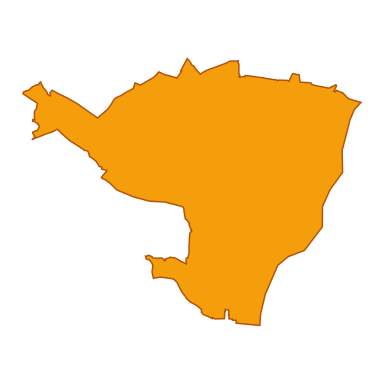 Babeni, Vâlcea, Romania
{"feature_id": "2599482B7467620418684", "entity_name": "Babeni", "entity_type": "district", "adm_level": 2, "iso_a3": "ROU", "parent_name": "Romania", "parent_adm1": "Vâlcea", "projection": "robinson", "projection_center": [24.207, 44.956], "detail": "fine", "context": "isolated", "style": "filled", "palette": "amber", "viewbox_px": 384, "rotation_deg": 0, "n_neighbors": 0, "source": "geoboundaries", "source_scale": "gbopen_adm2", "svg_char_len": 5682}
<svg xmlns="http://www.w3.org/2000/svg" viewBox="0 0 384 384"><path d="M236.2,323.2L259.8,325.4L260.6,313.7L265.2,294.5L277.8,265.3L288.1,256.7L304.4,250.4L322.3,226.9L322.5,206.5L330.1,189.5L342.6,172.4L342.1,150.5L347.1,131.4L349.9,120.1L354.3,109.6L361.0,102.4L356.5,101.2L349.3,99.0L348.9,98.8L347.8,98.0L347.1,97.4L342.5,92.6L342.3,92.8L336.3,90.3L335.5,91.8L333.8,91.2L336.6,85.8L335.8,84.8L328.9,88.2L322.9,87.0L319.2,86.3L312.0,84.7L311.2,83.1L307.7,82.6L303.8,82.4L300.2,82.2L299.9,81.3L299.5,77.4L299.2,74.9L298.8,74.6L297.8,74.6L296.9,74.6L293.9,73.7L292.5,73.7L290.1,78.8L289.0,81.3L287.4,80.4L278.8,80.1L278.5,80.5L278.1,80.7L277.8,80.5L277.4,80.4L276.8,80.1L276.2,79.9L274.9,79.8L267.0,78.6L264.8,78.2L264.3,78.0L262.9,77.6L261.3,77.6L255.2,76.8L253.5,76.5L247.7,75.8L245.2,75.5L245.2,76.5L244.1,76.5L242.9,76.7L239.7,77.3L239.3,77.1L239.0,76.6L239.0,76.2L239.8,76.1L239.9,75.4L239.5,74.5L238.8,73.2L238.9,69.0L238.9,64.0L238.0,62.8L238.2,60.7L236.3,61.1L230.0,61.1L226.6,62.9L220.2,65.4L209.7,69.2L206.1,70.6L203.2,72.2L200.2,74.3L199.6,73.4L196.2,69.7L193.7,65.9L192.1,65.3L189.4,60.9L187.2,58.6L180.7,70.8L181.6,71.1L179.4,74.4L176.9,78.0L175.8,77.6L172.8,76.8L170.1,75.9L166.8,75.2L164.9,74.6L162.5,73.8L161.2,73.0L158.7,71.9L156.3,74.9L154.4,76.8L152.1,78.3L140.3,85.2L135.1,82.9L133.3,88.5L126.1,92.3L121.0,95.5L115.7,97.9L113.8,99.9L111.9,103.1L109.8,106.4L107.1,109.8L97.5,118.0L94.0,115.5L91.9,114.1L87.0,110.5L86.3,110.3L84.5,108.8L83.4,108.1L82.8,107.5L81.7,107.0L79.4,105.1L76.4,103.2L74.6,102.1L71.1,100.2L67.6,98.2L63.3,96.0L59.4,94.2L55.6,92.1L53.3,90.9L52.1,90.2L50.2,92.6L50.0,93.1L50.0,93.4L50.4,94.7L50.6,95.3L50.6,95.8L49.8,95.8L49.4,95.6L48.9,95.2L48.7,95.0L48.1,94.9L47.8,94.7L47.6,94.3L47.4,93.4L47.0,92.4L46.6,91.6L46.0,90.8L44.2,88.7L43.5,87.9L43.0,87.0L42.1,85.3L41.3,83.9L41.0,83.1L40.7,81.9L39.3,83.1L38.4,84.8L36.4,84.9L35.8,85.1L34.8,85.8L32.9,86.6L31.7,87.5L31.0,88.0L29.1,89.9L28.4,90.3L27.3,90.7L26.3,90.8L25.7,90.9L25.1,91.2L24.3,91.8L23.7,91.8L23.4,92.4L23.0,93.7L25.3,95.3L27.5,96.7L29.0,97.8L31.9,99.7L32.2,99.9L32.6,100.2L34.0,101.0L36.2,102.5L37.2,103.1L37.3,103.3L37.3,103.6L37.1,104.6L36.9,105.8L36.8,106.6L36.8,107.1L36.5,108.3L36.3,108.8L36.2,108.9L35.7,109.7L35.3,110.1L34.5,111.6L34.4,112.8L34.4,113.9L34.4,115.7L34.5,117.3L34.8,119.8L34.7,119.8L33.6,119.5L33.4,119.4L33.2,119.3L32.8,119.6L32.7,120.3L32.6,121.4L33.9,121.5L34.4,121.5L35.8,122.4L37.3,123.3L38.0,123.8L37.7,124.2L39.2,125.4L39.3,126.6L38.8,127.6L37.9,129.7L37.5,130.3L37.3,130.3L37.0,130.5L36.4,130.7L35.4,130.9L34.8,131.2L33.2,132.0L32.8,132.1L32.7,132.4L32.7,133.0L32.8,133.4L33.4,134.3L33.8,134.9L35.0,136.5L34.6,137.0L33.9,137.9L33.4,138.4L33.0,138.8L32.8,138.9L31.8,139.7L32.1,139.6L32.6,139.3L33.0,139.1L34.6,138.5L35.6,138.0L36.7,137.6L38.6,137.0L40.3,136.2L41.7,135.7L46.1,133.9L52.0,132.0L53.6,131.3L57.2,129.2L59.7,131.6L66.9,138.3L70.8,141.3L79.7,147.0L83.3,149.4L84.8,150.6L86.3,150.6L87.6,151.1L87.8,151.3L88.0,151.5L88.2,151.8L88.2,152.3L88.4,152.6L88.5,153.1L88.7,153.3L89.0,153.6L89.1,154.0L89.1,154.3L89.1,154.7L89.3,156.0L89.4,156.4L89.5,156.5L90.8,157.2L93.7,159.4L95.3,160.7L95.8,161.0L97.2,163.0L97.6,163.6L98.3,164.6L99.2,166.4L102.0,167.3L101.6,169.2L106.8,170.3L106.7,171.3L106.3,171.5L105.1,172.9L101.6,177.0L101.4,177.3L101.4,177.5L101.5,177.8L103.2,178.9L105.1,179.7L105.7,180.1L106.3,180.5L107.9,181.8L109.5,182.8L110.3,183.5L111.2,184.5L111.8,185.0L112.1,185.3L113.6,186.6L116.0,189.3L116.5,189.5L118.3,190.6L118.8,190.8L133.9,197.0L148.0,200.8L150.7,201.3L165.1,202.0L166.0,202.3L170.6,203.5L173.9,204.3L176.8,205.2L180.0,205.9L180.8,206.1L181.9,206.5L182.2,206.7L183.2,207.3L183.7,208.2L183.9,209.2L184.0,210.1L184.0,210.8L184.3,213.4L184.6,213.9L184.7,214.1L184.7,214.3L184.6,215.3L184.6,215.5L185.0,217.1L185.4,218.9L185.6,219.1L185.7,219.3L186.4,219.6L186.5,219.8L186.8,220.1L187.2,220.4L187.3,220.6L187.9,221.6L188.4,222.3L188.8,222.8L189.1,223.0L189.5,223.3L189.0,224.2L189.0,224.5L189.0,224.9L189.1,225.1L189.5,225.6L189.7,225.9L189.8,226.1L189.9,227.1L190.1,227.5L190.4,228.1L190.9,228.8L191.2,229.4L191.3,229.6L191.3,229.9L190.9,229.7L190.8,229.9L190.9,230.1L191.1,230.3L191.5,230.8L191.7,231.1L191.6,231.4L191.5,231.5L191.3,231.7L190.8,231.9L190.5,232.2L190.2,232.7L190.0,233.2L189.6,233.9L189.6,234.0L189.6,234.3L189.7,235.0L189.5,237.5L189.4,238.7L189.3,240.9L189.4,241.9L189.1,244.3L189.0,253.5L188.7,254.3L188.2,256.1L188.0,256.7L188.0,257.3L187.9,257.3L187.6,257.8L187.4,258.1L186.9,258.0L186.6,258.0L186.4,258.1L186.2,258.4L186.0,260.6L186.0,261.0L186.2,262.2L186.3,262.8L186.4,263.0L186.5,263.5L186.4,263.9L183.7,262.6L180.6,261.2L177.5,259.2L174.7,257.9L170.5,257.3L169.9,257.3L169.3,257.6L168.3,258.1L167.7,258.2L165.2,259.2L164.9,259.5L164.9,259.8L165.0,259.9L165.5,260.0L165.5,260.4L164.7,260.7L164.2,260.0L163.0,258.8L162.6,258.5L161.8,258.2L161.3,258.0L160.3,257.9L158.3,258.2L156.9,258.3L156.5,258.3L156.3,258.3L156.1,258.1L155.2,258.1L154.2,258.2L153.3,258.0L152.5,257.7L152.5,257.2L152.3,257.0L151.8,256.6L151.1,256.2L149.9,255.8L148.4,255.3L148.1,255.3L147.9,255.4L146.9,256.1L146.6,256.3L146.1,256.3L145.5,256.2L146.1,258.4L146.3,259.1L146.7,259.1L147.2,259.3L149.2,260.1L150.0,260.7L150.3,261.0L151.3,262.1L151.7,262.8L152.9,265.6L152.1,271.3L152.0,271.8L153.4,278.3L160.2,277.1L169.8,278.3L173.8,279.2L177.0,282.4L180.1,288.7L182.3,292.7L184.9,295.9L187.0,299.1L190.1,301.9L195.5,304.8L199.0,307.3L201.5,309.8L201.4,312.4L203.4,314.5L208.0,316.5L212.4,318.6L212.6,317.7L214.7,318.9L224.4,318.7L224.7,314.3L224.8,311.2L225.2,311.3L225.2,309.4L228.9,310.2L228.5,315.2L229.2,315.3L228.9,318.8L232.5,319.2L232.4,320.1L236.3,320.4L236.2,323.2Z" fill="#f59e0b" stroke="#b45309" stroke-width="1.5"/></svg>